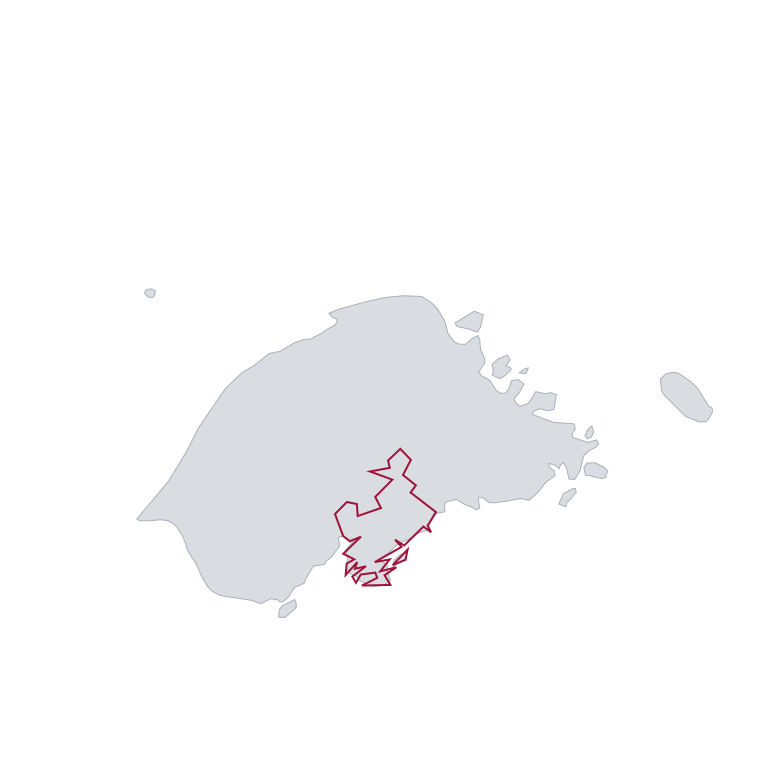 South Korea, with South Chungcheong highlighted, rotated 243°
{"feature_id": "KOR-2502", "entity_name": "South Chungcheong", "entity_type": "Province", "adm_level": 1, "iso_a3": "KOR", "parent_name": "South Korea", "parent_adm1": "", "projection": "equal_earth", "projection_center": [126.614, 36.518], "detail": "coarse", "context": "in_parent", "style": "outline", "palette": "rose", "viewbox_px": 768, "rotation_deg": 243, "n_neighbors": 0, "source": "natural_earth", "source_scale": "10m", "svg_char_len": 3947}
<svg xmlns="http://www.w3.org/2000/svg" viewBox="0 0 768 768"><g transform="rotate(243 384 384)"><path d="M241.5,188.4L243.9,186.5L244.1,183.7L244.1,174.6L250.9,168.3L260.5,155.3L265.2,148.2L270.6,141.5L276.9,137.1L283.0,135.0L292.6,134.1L311.1,135.0L314.7,134.2L327.5,133.5L330.6,134.7L339.9,135.4L350.3,134.6L355.5,132.7L360.3,129.4L364.4,123.5L368.7,112.7L373.3,104.1L376.0,102.5L395.3,148.1L413.7,177.7L429.3,199.1L451.9,240.5L458.6,262.7L459.4,276.5L463.3,295.4L460.3,306.3L461.4,323.4L460.1,332.2L457.5,338.7L457.6,351.2L458.5,357.9L458.7,366.8L460.5,370.2L463.0,371.5L467.0,368.3L472.0,367.0L471.2,377.6L465.6,404.7L460.6,424.4L453.7,441.6L444.8,457.4L434.1,463.5L426.5,465.8L411.9,466.6L399.8,463.9L389.5,465.8L385.3,469.1L382.3,474.7L384.6,483.5L384.4,489.9L379.9,489.4L371.1,485.7L361.3,485.2L356.8,483.3L352.1,474.1L347.4,474.4L339.3,479.9L326.8,481.1L322.4,484.1L320.9,487.9L322.7,492.7L329.1,499.1L327.0,505.6L320.4,508.8L315.1,500.9L311.8,493.1L308.1,492.7L302.4,494.9L301.2,503.3L303.9,509.0L308.3,515.6L302.2,523.2L300.6,528.7L296.2,532.6L284.2,523.9L285.9,517.7L291.1,511.8L291.7,505.6L290.0,502.0L272.9,517.5L262.4,535.1L256.8,533.9L254.4,529.3L251.1,527.5L239.7,538.8L237.6,547.9L233.4,548.2L231.6,544.4L231.5,536.2L229.5,529.4L217.7,519.3L212.4,510.6L215.3,505.7L225.1,508.3L232.9,508.0L231.4,503.8L228.8,501.9L234.0,499.5L238.4,494.7L234.8,493.4L229.3,496.2L224.7,494.8L222.9,483.4L217.4,471.7L214.5,460.3L220.0,453.7L222.8,443.5L227.9,428.8L230.4,424.1L237.5,420.6L240.0,416.8L236.1,414.8L230.0,413.1L230.1,408.9L234.3,406.6L239.0,401.9L248.1,396.2L250.9,385.5L248.3,382.8L242.6,380.3L243.9,374.8L246.2,370.7L245.3,368.3L238.7,361.3L234.2,355.0L235.5,347.7L234.5,336.8L235.1,327.7L234.8,322.7L231.6,311.5L230.1,300.4L225.8,302.0L222.4,304.8L210.0,300.8L206.1,300.6L204.6,292.3L209.0,282.1L219.5,273.1L225.5,272.0L230.1,268.0L237.2,266.8L245.7,272.9L253.3,274.1L257.5,284.6L260.1,286.9L260.7,283.0L266.8,278.4L268.3,275.0L267.0,273.1L259.9,271.3L253.5,258.2L252.6,252.5L250.3,248.8L253.7,238.4L246.4,226.5L242.8,222.8L243.3,212.1L239.5,205.3L237.4,201.6L236.0,195.1L237.2,192.2L240.5,191.1L241.5,188.4ZM217.1,663.1L213.6,665.5L210.2,664.1L209.3,663.0L205.3,656.9L204.3,653.8L207.0,647.9L218.0,638.1L246.5,628.7L251.6,628.3L262.8,632.3L265.2,639.9L263.2,646.4L260.6,650.7L247.6,658.1L237.4,661.6L217.1,663.1ZM407.9,497.4L400.5,503.9L390.4,495.2L388.0,490.5L395.5,483.4L401.9,475.4L406.2,474.9L407.9,497.4ZM354.6,496.7L353.8,506.9L348.2,507.4L344.8,500.8L341.3,504.0L339.4,504.1L336.6,495.9L336.1,489.5L342.7,484.6L346.6,487.6L352.3,489.1L354.6,496.7ZM209.9,542.3L204.8,543.9L202.0,540.3L200.0,539.3L201.1,534.6L209.4,525.3L211.0,522.1L218.6,524.0L221.5,528.9L217.9,536.4L209.9,542.3ZM232.7,193.1L232.4,206.6L228.1,206.0L225.2,204.7L223.9,202.0L221.0,189.5L224.3,184.3L230.6,188.4L232.7,193.1ZM205.1,504.5L204.0,507.0L200.6,506.3L197.1,499.1L195.6,493.4L192.1,490.2L197.7,485.3L204.8,494.2L205.1,504.5ZM224.6,321.2L223.5,327.9L218.4,323.4L216.9,308.8L222.2,313.0L224.6,321.2ZM574.6,219.6L571.1,222.6L566.8,219.6L566.3,216.3L568.4,213.5L573.5,211.8L575.9,214.3L574.6,219.6ZM251.0,545.1L252.3,550.1L245.9,549.1L242.5,544.3L243.0,540.2L246.8,539.6L251.0,545.1ZM333.6,516.7L332.8,519.9L328.7,515.0L332.6,509.6L333.6,516.7Z" fill="#d9dde1" stroke="#a8b0b8" stroke-width="1"/><path d="M275.3,358.4L246.1,372.2L238.1,358.6L230.5,358.6L239.1,354.4L231.0,328.7L240.2,323.1L230.9,325.7L229.5,294.9L225.1,309.4L218.8,295.6L215.1,311.8L213.4,297.7L202.1,298.5L214.4,272.8L214.4,290.0L219.9,290.6L224.8,276.8L219.6,268.8L226.8,268.4L229.8,285.1L232.6,274.1L237.5,279.3L231.2,263.1L240.9,269.2L241.3,277.9L251.2,270.6L258.5,294.2L259.2,282.2L267.1,278.6L290.4,281.3L295.7,297.3L289.4,305.3L278.3,300.6L274.9,325.0L287.3,324.9L295.0,348.0L312.4,331.8L306.7,351.1L314.0,352.9L318.8,369.1L304.2,373.5L294.3,359.6L279.2,366.4L275.3,358.4ZM218.7,309.6L225.8,329.9L217.6,323.4L218.7,309.6Z" fill="none" stroke="#9f1239" stroke-width="2"/></g></svg>